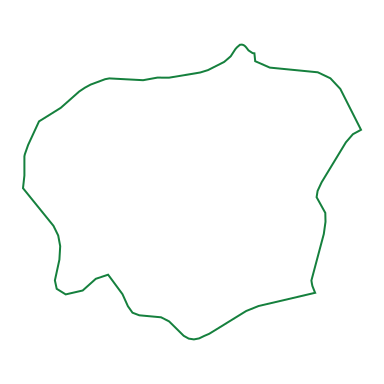 an SVG outline of Vayots Dzor
{"feature_id": "ARM-1733", "entity_name": "Vayots Dzor", "entity_type": "Province", "adm_level": 1, "iso_a3": "ARM", "parent_name": "Armenia", "parent_adm1": "", "projection": "natural_earth1", "projection_center": [45.445, 39.743], "detail": "fine", "context": "isolated", "style": "outline", "palette": "green", "viewbox_px": 384, "rotation_deg": 0, "n_neighbors": 0, "source": "natural_earth", "source_scale": "10m", "svg_char_len": 991}
<svg xmlns="http://www.w3.org/2000/svg" viewBox="0 0 384 384"><path d="M254.4,53.3L255.2,61.2L269.8,67.6L317.8,72.3L330.4,78.3L340.3,88.9L361.0,129.8L352.9,134.2L345.9,142.3L321.6,182.3L317.6,190.9L316.6,197.2L325.3,212.9L325.5,221.8L323.8,234.0L311.4,280.5L311.9,283.6L312.4,286.0L314.7,291.8L315.0,292.6L315.1,292.8L258.6,306.0L246.2,311.0L209.2,333.8L204.3,335.9L199.1,338.4L193.9,339.4L188.7,338.6L183.7,335.8L169.1,321.4L161.1,317.3L139.3,315.3L132.5,312.7L127.9,306.2L122.5,294.2L111.0,278.6L108.1,274.7L95.8,278.8L82.7,290.5L65.7,294.4L56.7,288.8L54.9,280.4L59.4,259.7L60.2,246.2L58.2,235.5L53.5,225.9L23.0,188.2L24.4,175.6L24.4,156.4L24.8,154.4L28.1,145.0L39.0,121.4L60.8,107.8L79.2,91.5L84.9,87.7L90.6,84.6L105.1,79.2L109.3,78.4L143.1,80.2L157.4,77.6L168.9,77.7L200.2,72.5L208.0,70.1L224.2,61.9L230.7,56.3L235.4,49.1L237.0,47.3L239.9,44.8L241.9,44.6L243.6,45.1L245.1,46.2L246.2,47.4L248.5,50.4L252.6,53.1L254.3,53.3L254.4,53.3Z" fill="none" stroke="#15803d" stroke-width="2"/></svg>